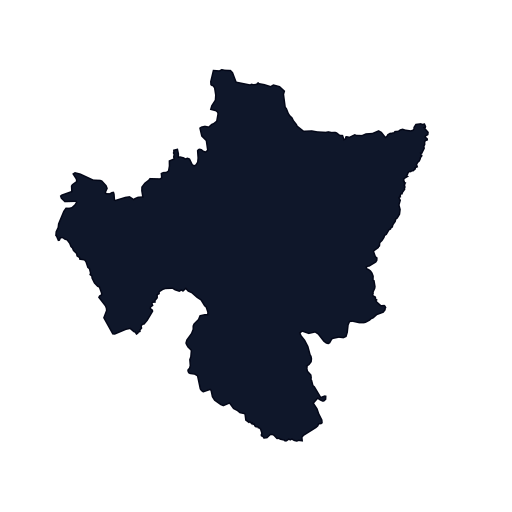 Kabongo, Katanga, Democratic Republic of the Congo, rotated 259°
{"feature_id": "63176286B531915432051", "entity_name": "Kabongo", "entity_type": "district", "adm_level": 2, "iso_a3": "COD", "parent_name": "Democratic Republic of the Congo", "parent_adm1": "Katanga", "projection": "orthographic", "projection_center": [25.515, -7.094], "detail": "fine", "context": "isolated", "style": "filled", "palette": "ink", "viewbox_px": 512, "rotation_deg": 259, "n_neighbors": 0, "source": "geoboundaries", "source_scale": "gbopen_adm2", "svg_char_len": 6068}
<svg xmlns="http://www.w3.org/2000/svg" viewBox="0 0 512 512"><g transform="rotate(259 256 256)"><path d="M353.4,446.5L353.3,444.5L354.3,442.9L354.6,438.1L352.1,435.7L350.8,435.5L349.5,434.3L349.2,431.8L351.1,426.3L352.4,424.1L352.2,421.7L351.2,419.6L351.6,416.2L350.4,414.7L350.7,413.1L350.3,412.1L350.8,411.2L349.9,408.6L348.4,407.3L347.6,405.6L353.4,402.6L355.4,400.2L354.0,393.8L354.8,387.2L353.9,383.1L355.2,377.3L356.1,376.1L354.6,370.4L355.8,367.6L355.6,366.8L354.0,366.6L353.4,364.5L357.7,363.9L358.4,361.1L361.4,358.6L362.2,357.2L362.7,353.8L364.0,350.7L364.0,348.0L366.1,339.7L368.1,334.6L369.3,326.5L375.6,321.1L377.3,320.7L381.8,318.4L384.6,317.7L387.5,315.7L389.9,314.8L394.8,313.9L396.5,313.0L409.5,313.8L412.4,315.3L417.7,311.4L420.5,305.7L419.4,302.7L422.6,296.8L424.6,291.7L425.5,291.1L425.1,290.2L424.3,290.1L424.5,286.3L425.4,284.2L424.9,283.0L430.4,269.6L440.4,267.9L442.9,266.3L444.2,260.8L445.4,257.9L444.6,255.4L446.2,249.6L435.8,244.9L432.8,244.5L431.8,245.4L431.7,246.2L429.0,247.5L421.6,247.2L416.7,245.9L411.9,241.3L408.6,239.6L406.3,244.4L404.6,245.8L402.8,245.9L395.8,243.2L394.0,239.8L393.6,237.7L391.5,234.2L393.0,230.6L392.9,227.1L392.2,225.4L384.1,225.7L378.8,229.3L369.0,228.8L367.6,226.3L369.2,223.8L370.6,222.8L371.5,221.1L371.4,219.9L370.5,218.8L363.2,217.9L359.2,216.7L356.8,214.4L356.3,212.5L357.7,210.8L363.8,209.2L365.0,207.4L364.7,205.0L366.1,203.7L367.7,200.3L367.7,198.6L371.1,199.3L375.7,199.2L375.5,195.5L373.9,195.3L372.9,194.7L371.3,195.1L368.9,194.1L366.9,194.3L365.8,189.1L360.8,188.2L356.1,186.4L355.1,184.0L355.5,180.9L355.0,178.8L350.8,178.4L349.9,176.6L352.1,166.7L350.8,165.2L348.6,160.8L345.4,157.2L341.8,156.4L335.5,156.2L336.1,151.4L335.4,148.1L334.7,146.7L338.2,143.1L338.4,139.0L337.3,128.7L337.8,127.7L343.8,128.4L345.6,128.2L345.7,126.8L344.9,124.3L345.5,121.4L346.3,120.2L347.8,120.6L350.8,122.7L353.6,122.2L359.0,118.9L359.9,117.4L361.5,110.7L369.9,99.1L372.2,94.2L371.4,92.2L365.9,94.4L363.3,94.3L360.9,89.3L359.8,88.3L354.4,87.5L352.8,77.0L352.1,75.7L349.9,76.0L345.9,78.8L344.1,89.7L342.9,90.2L340.6,88.0L338.5,84.5L338.4,81.7L339.1,78.6L336.5,75.9L325.2,68.4L321.7,67.3L317.9,64.5L314.3,63.5L313.7,64.0L309.1,65.0L309.1,66.0L311.3,67.5L310.8,70.1L309.2,71.4L307.9,73.7L304.0,75.6L300.6,76.2L298.9,77.4L296.3,77.9L292.7,80.4L290.2,80.4L288.2,82.5L286.5,82.5L285.2,86.3L284.5,87.3L282.5,88.1L276.9,88.8L275.4,90.1L270.8,90.4L269.4,89.6L267.8,91.1L265.6,90.9L260.4,92.3L256.5,94.8L255.4,96.4L248.8,97.4L247.2,96.9L246.6,94.9L245.4,93.9L235.9,98.7L233.5,99.2L231.0,99.0L224.4,94.9L206.9,100.6L206.4,102.4L208.9,114.3L209.0,118.6L205.1,121.7L204.3,123.0L202.2,123.8L202.8,125.2L203.7,125.8L204.1,127.7L205.5,127.9L207.1,129.9L208.9,129.8L209.6,130.2L210.7,131.6L210.6,133.1L213.7,136.9L221.5,143.9L222.6,143.9L224.6,142.2L226.1,142.7L227.2,145.1L229.6,144.7L230.3,145.8L230.1,148.1L231.5,148.2L233.8,151.0L236.9,151.6L237.5,153.7L238.9,153.9L239.6,154.5L241.1,158.3L241.4,160.9L240.3,168.0L238.3,170.1L236.1,174.0L236.9,176.3L235.6,177.6L237.6,180.9L234.5,182.8L232.3,186.0L226.7,190.3L223.4,193.7L217.0,196.1L215.4,197.4L209.9,198.1L207.5,197.4L208.1,194.6L208.0,189.7L204.6,187.5L201.0,182.2L199.2,181.0L196.0,180.4L192.2,178.0L186.7,172.1L183.9,170.7L182.3,171.0L179.5,172.0L176.1,174.4L175.1,174.4L169.4,172.8L166.9,171.3L160.9,170.6L158.5,169.4L157.3,167.7L156.3,167.3L154.3,167.7L153.3,168.9L151.8,173.3L149.5,175.8L136.2,176.0L134.4,176.8L132.8,178.3L133.8,185.5L132.6,186.3L126.2,186.4L122.4,187.9L116.9,193.1L115.4,195.4L116.8,202.0L110.6,204.9L107.9,208.3L105.3,210.4L103.5,214.7L102.6,215.1L96.9,214.7L94.0,217.3L94.6,218.5L92.3,219.7L92.8,220.5L91.3,221.0L91.5,222.1L89.2,222.6L88.3,223.5L88.1,225.2L86.9,225.5L86.7,226.5L85.2,227.5L80.9,228.0L79.3,227.0L78.4,227.1L77.6,228.4L75.8,229.1L75.6,232.1L78.0,235.8L77.7,238.0L76.7,239.4L72.9,241.8L72.6,243.8L71.6,244.8L70.0,248.5L69.0,249.2L68.8,250.6L70.0,253.2L69.0,254.6L69.5,256.3L67.7,258.3L66.6,260.7L66.9,262.7L65.8,266.1L69.3,266.4L70.9,268.3L76.2,282.0L77.5,284.2L79.3,285.4L79.1,287.8L79.7,289.0L82.4,289.3L89.1,287.4L94.3,286.7L100.6,284.1L104.7,289.4L102.4,291.7L100.9,293.8L100.8,294.9L102.1,297.0L105.0,297.7L105.4,296.7L104.7,292.5L116.4,288.3L117.9,287.1L123.1,286.8L124.5,286.3L125.8,286.9L128.7,287.1L133.0,284.5L135.9,284.4L137.5,285.0L138.3,284.7L139.4,287.3L141.7,289.9L144.5,290.8L147.1,290.8L148.6,290.2L157.3,289.6L164.0,287.6L169.2,284.9L172.1,284.3L173.5,287.0L170.0,293.0L170.2,299.6L167.5,302.3L159.4,306.4L157.2,308.4L156.3,310.2L156.8,311.7L160.0,314.4L160.5,315.6L160.6,321.8L159.2,326.2L159.9,329.0L163.7,331.0L170.8,333.2L173.9,335.3L173.6,338.4L170.9,344.6L170.0,349.2L170.1,350.9L171.4,355.2L172.5,356.9L173.0,359.2L175.5,363.4L176.6,370.1L178.6,372.4L179.8,372.6L180.6,373.4L182.1,373.0L182.9,372.4L183.3,369.1L187.8,365.7L189.5,365.0L189.9,366.0L191.1,365.0L192.6,365.3L193.4,364.9L194.2,363.4L196.1,363.2L197.1,363.9L198.2,363.9L201.6,366.3L203.2,366.9L209.2,367.1L210.0,366.2L213.9,367.1L217.2,366.5L219.4,365.5L221.3,363.8L221.9,362.5L224.1,362.0L224.7,363.5L224.6,365.2L227.3,372.4L228.7,373.7L231.0,374.3L232.5,373.0L237.9,372.2L238.6,372.5L241.0,377.6L241.5,377.7L242.4,379.1L245.5,380.0L247.2,382.6L249.8,385.1L251.7,386.1L252.4,388.0L256.4,391.5L256.8,393.1L258.0,393.9L258.5,395.3L260.6,396.3L263.4,399.2L265.6,400.2L266.3,401.8L269.6,404.8L274.2,406.3L278.8,406.0L283.2,408.2L285.6,407.4L286.2,407.6L286.6,409.0L287.3,408.8L289.3,410.0L289.3,411.3L290.1,411.4L293.1,414.6L294.6,414.7L295.3,415.4L296.8,415.0L297.5,415.6L298.3,415.4L299.2,416.5L300.1,415.5L301.0,415.7L301.6,415.1L302.5,415.7L303.6,415.6L305.2,419.9L305.8,419.0L308.0,420.8L308.8,420.9L309.7,422.8L309.3,423.9L309.9,425.1L309.7,426.5L311.2,429.0L312.4,429.0L312.8,431.3L315.3,431.0L317.2,432.7L318.1,434.3L320.3,435.9L321.0,435.9L322.5,437.7L323.1,437.9L323.5,437.2L325.5,437.2L325.3,438.3L329.6,441.6L331.9,441.7L333.1,442.8L336.2,443.4L337.0,444.6L337.3,446.3L338.3,446.4L340.5,444.7L341.5,445.3L342.4,447.8L344.6,448.5L349.9,445.4L349.9,446.7L350.7,447.1L353.4,446.5Z" fill="#0f172a" stroke="#020617" stroke-width="1.5"/></g></svg>